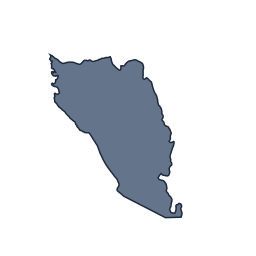 outline of Cachoeira do Piriá, Pará, Brazil, rotated 327°
{"feature_id": "56859067B84047664987434", "entity_name": "Cachoeira do Piriá", "entity_type": "district", "adm_level": 2, "iso_a3": "BRA", "parent_name": "Brazil", "parent_adm1": "Pará", "projection": "natural_earth1", "projection_center": [-46.43, -2.011], "detail": "fine", "context": "isolated", "style": "filled", "palette": "slate", "viewbox_px": 256, "rotation_deg": 327, "n_neighbors": 0, "source": "geoboundaries", "source_scale": "gbopen_adm2", "svg_char_len": 4575}
<svg xmlns="http://www.w3.org/2000/svg" viewBox="0 0 256 256"><g transform="rotate(327 128 128)"><path d="M151.9,58.6L151.0,58.3L149.6,58.0L148.1,57.0L147.3,56.6L146.3,56.6L145.5,56.3L144.3,55.4L143.6,55.3L142.6,55.4L141.1,54.7L139.8,54.8L137.9,54.1L137.1,54.0L135.1,53.3L134.3,52.6L133.8,52.0L133.6,50.8L132.7,50.0L131.8,49.9L131.0,49.9L130.0,48.6L128.0,47.4L124.5,48.4L123.0,48.5L122.1,48.2L121.5,47.8L117.8,43.0L117.1,42.4L114.7,40.8L113.6,40.3L112.3,39.7L110.6,39.3L108.9,38.6L108.2,38.0L107.7,37.2L106.6,34.7L106.4,32.9L105.7,31.3L104.9,30.0L103.9,26.7L103.6,25.9L102.6,24.3L102.6,25.2L101.9,26.4L99.8,27.5L100.0,28.5L99.9,30.1L100.8,30.6L100.3,31.2L99.4,32.0L98.7,32.0L98.4,33.3L97.9,34.4L96.6,36.0L96.9,37.2L97.7,37.5L97.7,39.0L97.6,41.7L96.5,40.5L95.6,40.8L95.5,39.8L94.6,39.4L93.9,40.3L93.6,41.7L93.9,43.6L95.5,45.1L96.3,45.4L97.3,45.4L97.9,46.0L97.2,47.0L95.9,47.9L94.7,48.5L93.6,48.2L92.3,49.9L91.1,50.6L89.6,50.5L89.0,49.3L88.0,49.4L87.6,50.9L88.7,52.8L89.9,54.0L90.9,55.4L90.9,57.5L90.1,59.6L89.7,61.1L88.1,61.4L86.9,61.3L86.2,60.2L85.7,59.1L84.8,59.3L84.4,60.5L84.1,61.7L82.9,62.1L82.4,62.6L82.1,64.0L80.8,66.2L81.2,67.2L81.2,68.0L81.5,69.1L81.4,69.8L81.4,71.1L81.6,71.9L81.5,72.8L81.9,73.5L82.2,74.6L82.6,75.8L82.7,76.8L83.1,78.0L83.4,78.8L83.8,79.5L83.9,80.7L83.8,81.5L83.9,82.3L84.1,83.3L84.3,84.5L84.5,85.5L84.8,86.4L84.7,87.3L84.9,88.6L85.3,89.9L85.6,90.6L85.9,91.8L86.4,93.1L86.9,94.3L86.4,95.7L86.2,96.7L86.5,98.0L86.0,99.0L86.2,100.0L86.4,101.1L86.4,102.0L86.4,103.0L86.6,104.0L87.4,104.7L88.0,105.8L88.2,106.7L89.3,107.7L89.4,108.5L91.7,110.1L92.6,110.8L92.8,112.5L92.8,113.5L92.8,115.0L92.7,119.1L92.7,123.1L92.7,124.2L92.7,125.3L92.5,127.0L90.9,134.0L90.3,138.4L89.9,141.6L89.6,145.9L89.6,149.2L89.7,151.9L90.1,156.3L90.4,161.0L90.9,164.4L90.8,165.9L90.3,167.9L90.2,169.2L89.9,170.4L88.8,171.5L88.1,172.0L87.0,172.4L85.9,173.0L85.2,173.8L84.9,174.5L85.1,175.6L86.7,180.5L87.0,181.7L87.2,182.7L91.7,190.6L94.1,194.8L94.8,196.0L110.6,223.6L112.1,224.5L123.9,231.7L126.1,229.9L126.9,228.8L127.3,227.7L127.7,226.1L128.2,224.4L129.2,223.7L130.2,223.0L130.8,222.0L130.9,220.7L130.5,219.8L129.8,219.0L128.8,219.2L128.0,219.3L127.1,218.9L125.9,219.2L125.3,220.2L125.0,220.9L124.5,221.6L123.5,223.0L122.8,223.6L122.1,224.1L121.0,224.8L120.4,224.9L119.8,224.2L119.3,223.6L118.5,223.1L118.0,222.2L118.1,221.4L118.3,220.1L118.8,218.7L120.0,217.9L121.2,217.2L121.7,216.5L122.5,215.5L123.4,214.6L125.0,213.2L125.4,212.6L126.0,211.6L126.2,210.2L126.2,208.7L126.0,207.9L125.7,206.9L125.8,205.8L126.0,204.8L125.9,204.0L125.7,202.7L125.8,201.8L126.2,201.1L127.4,200.2L128.0,199.4L128.6,197.9L129.4,195.8L129.5,194.6L129.3,193.2L129.1,191.9L128.7,190.9L127.9,190.3L126.9,189.2L126.2,188.2L126.0,187.3L126.1,186.1L127.1,185.7L128.4,185.0L129.7,184.5L130.9,184.3L131.0,185.1L131.3,185.9L131.7,186.7L132.7,187.6L133.9,188.8L135.0,189.7L136.1,189.8L137.0,189.4L138.2,188.6L139.0,187.6L139.6,186.5L139.7,185.7L140.2,184.7L141.0,183.9L142.7,183.0L144.0,183.0L144.8,182.5L145.5,181.1L145.6,180.3L145.5,179.3L146.0,178.4L146.6,177.8L147.0,176.8L147.4,175.2L148.1,174.4L149.3,173.2L150.8,172.0L151.4,171.5L152.0,171.0L154.4,169.0L155.1,168.6L156.0,168.0L157.1,167.0L158.0,166.1L159.1,164.8L158.8,164.1L158.0,164.1L157.3,164.0L156.2,163.6L155.3,162.8L155.3,161.5L156.6,160.9L157.2,160.5L157.8,160.0L159.0,157.9L159.8,157.1L160.6,156.6L161.5,155.8L161.7,154.6L162.0,153.2L162.4,152.0L162.2,151.1L162.3,149.6L162.2,148.6L161.6,147.9L160.9,146.9L160.3,145.6L160.4,144.7L160.8,143.9L161.1,143.1L161.2,142.3L161.0,141.1L160.8,140.0L161.2,139.1L162.5,138.6L163.5,137.9L164.2,136.5L164.1,135.1L164.5,134.0L165.2,132.9L165.7,131.9L166.0,131.1L166.4,129.7L166.5,127.9L166.4,126.7L166.1,125.6L166.4,124.7L166.6,123.8L167.3,122.1L168.0,120.9L168.4,119.6L169.0,118.0L169.5,116.5L169.6,115.5L169.5,114.2L169.6,113.2L169.9,111.6L170.1,110.3L170.5,108.9L171.2,106.5L171.9,104.5L172.4,103.2L172.6,102.0L172.2,100.6L171.8,99.0L171.5,97.3L171.2,96.4L170.7,95.9L169.8,96.1L168.5,96.2L167.6,95.0L168.0,93.8L168.5,93.0L169.4,92.2L169.9,91.1L170.8,89.9L171.8,88.2L173.3,86.6L174.2,85.4L174.8,83.9L175.1,82.8L175.2,81.9L174.9,80.9L173.8,78.7L173.0,77.4L172.2,76.0L171.6,75.1L170.9,74.4L169.9,74.1L168.7,73.7L167.5,73.3L166.6,73.0L165.7,72.5L164.5,72.3L163.5,72.4L162.0,72.6L160.2,73.2L159.4,73.6L158.7,73.8L157.9,73.5L156.6,72.3L155.7,72.1L155.3,72.9L154.5,74.2L153.8,74.9L152.9,75.1L152.2,74.7L151.8,73.7L151.4,72.6L151.2,71.9L151.0,71.2L150.6,69.2L150.3,67.8L149.9,66.5L150.0,65.4L150.6,62.9L150.9,62.1L151.4,61.3L151.6,60.3L151.9,58.6Z" fill="#64748b" stroke="#1e293b" stroke-width="1.5"/></g></svg>